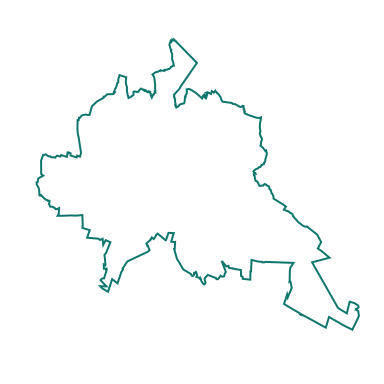 the district of Zempoala, Hidalgo, Mexico, rotated 174°
{"feature_id": "50627088B89511183643181", "entity_name": "Zempoala", "entity_type": "district", "adm_level": 2, "iso_a3": "MEX", "parent_name": "Mexico", "parent_adm1": "Hidalgo", "projection": "equal_earth", "projection_center": [-98.684, 19.926], "detail": "fine", "context": "isolated", "style": "outline", "palette": "teal", "viewbox_px": 384, "rotation_deg": 174, "n_neighbors": 0, "source": "geoboundaries", "source_scale": "gbopen_adm2", "svg_char_len": 6089}
<svg xmlns="http://www.w3.org/2000/svg" viewBox="0 0 384 384"><g transform="rotate(174 192 192)"><path d="M152.0,103.4L150.5,102.4L150.7,100.4L143.2,98.7L142.2,107.0L141.6,107.0L139.9,118.2L133.1,115.8L129.6,115.2L129.4,114.7L127.4,114.5L126.3,114.8L98.5,110.9L102.1,106.5L103.0,102.8L104.1,93.9L104.5,92.4L103.5,92.6L102.8,86.2L107.8,77.2L108.1,80.2L112.2,71.0L97.4,60.0L97.1,59.7L97.4,59.1L96.2,58.3L96.1,59.0L73.1,43.1L68.8,53.4L55.5,43.7L46.9,38.3L39.0,51.1L39.1,56.3L40.8,57.6L41.0,58.1L41.4,58.1L41.2,58.5L39.0,59.3L38.3,60.0L38.6,61.8L42.2,64.6L46.7,66.4L50.7,55.1L58.9,61.4L79.9,109.5L62.1,112.3L69.7,120.1L72.8,122.6L68.8,128.7L72.0,136.6L81.4,145.7L82.5,145.5L84.5,146.4L86.4,147.9L87.5,149.2L89.5,150.9L90.8,153.0L92.5,155.1L93.5,157.0L94.0,157.3L94.5,159.6L95.4,160.4L96.4,160.8L97.5,162.2L98.7,163.0L98.9,162.9L102.5,164.8L100.1,167.7L102.9,170.2L111.6,176.9L111.5,179.5L112.3,181.8L112.9,182.2L113.6,186.0L114.3,186.4L114.7,187.1L114.7,188.8L115.1,189.7L116.7,190.6L117.2,191.3L117.9,191.5L118.7,192.4L119.8,191.8L120.5,190.9L121.7,191.2L123.7,190.9L124.4,191.2L125.1,193.6L126.0,195.5L126.6,196.1L127.6,196.5L128.0,198.7L128.0,201.5L128.5,201.9L128.8,202.6L128.6,203.3L127.8,203.7L126.8,203.5L127.0,204.1L128.0,204.9L128.8,205.9L128.0,206.9L125.9,208.1L125.0,208.3L124.4,208.7L123.6,208.7L122.6,209.8L121.3,209.8L120.2,211.5L119.5,211.5L118.3,212.2L117.6,212.3L116.9,214.1L116.3,214.3L116.0,215.0L115.5,217.3L114.7,218.8L113.5,222.7L114.0,225.6L114.8,225.1L116.7,228.4L119.1,230.9L118.4,232.6L118.0,234.8L116.8,237.1L117.0,238.5L117.4,239.4L117.7,239.5L117.9,240.8L118.2,241.0L118.2,242.2L118.5,243.3L117.7,244.7L117.8,249.5L117.1,253.6L116.2,256.2L116.2,257.0L115.8,257.5L115.6,259.0L116.8,258.6L118.0,258.7L120.2,259.2L127.3,262.4L131.4,264.7L131.1,266.4L131.7,266.5L131.3,268.8L132.0,269.0L131.7,272.0L131.9,272.1L132.8,272.4L133.8,271.5L135.6,271.7L139.8,274.8L142.1,275.3L142.8,275.9L143.1,276.4L152.4,278.7L153.3,281.2L153.8,283.7L154.2,284.1L154.9,285.7L156.7,288.1L156.9,288.0L158.2,290.3L159.8,288.5L161.8,290.3L162.9,287.6L166.1,289.6L167.7,289.3L166.5,287.9L167.6,285.4L169.5,287.7L170.2,287.2L168.0,284.6L168.4,283.7L170.8,286.5L171.2,286.1L172.1,284.0L177.7,290.1L182.2,293.7L184.2,294.8L186.0,294.7L186.7,294.5L186.5,292.2L187.3,289.9L188.3,288.7L189.0,287.5L188.4,287.0L189.3,285.9L189.9,282.7L190.6,281.0L194.2,280.5L195.4,280.0L195.7,279.4L196.9,278.5L198.6,277.7L198.6,278.1L198.9,278.0L199.4,279.2L199.1,279.6L199.6,280.5L199.1,281.0L199.4,283.8L199.1,285.9L199.5,286.2L199.4,287.8L200.0,288.4L199.6,289.7L199.8,290.5L193.6,296.0L192.6,297.7L173.6,319.9L192.4,343.6L192.5,344.2L192.9,344.4L193.1,344.2L194.3,345.7L194.9,344.8L195.7,345.7L196.8,343.5L197.5,344.5L199.1,340.8L198.2,335.7L197.6,335.4L198.2,334.4L197.3,331.3L197.9,325.5L197.2,323.1L196.8,319.5L197.8,319.7L198.3,319.2L199.6,318.8L200.8,317.4L201.8,316.7L202.6,316.9L203.9,316.3L205.1,316.4L206.5,315.4L206.8,315.5L207.0,316.1L207.7,315.6L209.6,315.9L210.6,316.4L211.0,315.9L211.1,316.1L212.9,315.3L215.8,314.9L219.1,312.9L217.7,310.5L217.5,307.5L217.4,302.6L217.9,299.2L217.8,297.9L218.0,295.0L218.5,295.4L218.5,295.1L219.6,293.7L219.8,292.9L221.0,292.0L221.1,292.4L221.5,292.1L221.1,291.7L222.1,290.1L222.8,292.2L223.0,293.0L222.7,294.3L223.4,295.2L223.2,296.0L224.5,296.7L225.1,296.0L225.5,296.4L225.9,296.1L226.9,297.4L227.0,297.1L228.2,298.2L228.4,297.8L229.0,298.4L229.1,298.0L231.8,300.2L233.5,299.1L234.7,297.3L236.1,297.1L236.4,297.4L238.6,298.0L239.7,297.7L240.1,294.6L243.6,292.6L245.3,292.1L245.5,293.7L245.8,294.9L246.1,299.0L246.1,300.8L245.7,302.4L246.4,307.0L246.2,309.3L245.4,313.0L251.9,315.8L253.5,311.8L253.9,308.7L254.9,308.3L256.2,304.7L257.6,302.6L259.3,299.3L258.4,299.1L259.4,298.1L259.8,297.8L261.2,297.7L266.2,298.0L268.6,296.1L269.9,296.1L270.0,295.0L276.9,292.0L282.5,287.8L285.8,279.4L288.2,279.6L289.4,280.1L291.7,280.0L293.8,279.5L296.1,277.3L296.7,277.5L297.2,275.3L298.2,275.5L299.3,267.4L299.5,262.7L299.0,257.5L298.3,243.6L298.4,242.0L299.8,238.8L302.4,240.2L303.1,238.5L309.0,241.0L308.7,243.2L310.4,244.2L310.7,243.7L311.6,244.2L311.9,243.1L311.9,242.6L312.2,242.1L312.8,240.0L318.3,242.4L318.7,241.5L319.2,241.0L322.3,242.3L323.8,241.2L324.4,240.4L325.5,241.0L327.7,241.1L328.4,241.3L329.5,242.4L330.3,242.3L331.9,243.2L333.3,244.6L333.8,244.7L335.4,244.3L336.1,244.5L338.8,239.1L340.1,225.5L338.2,223.8L343.4,221.6L343.9,220.4L344.5,217.9L345.5,217.9L345.7,215.8L344.8,214.1L344.6,213.0L344.1,212.2L344.0,211.4L343.8,209.7L344.0,204.5L343.0,204.2L342.4,204.7L340.5,202.2L338.5,199.9L336.3,198.8L336.3,198.3L334.7,198.1L335.0,196.2L335.6,195.1L334.9,193.7L334.7,192.4L333.6,192.0L333.0,192.1L331.3,191.3L329.9,190.1L329.6,189.3L329.2,189.4L328.5,189.0L325.9,189.9L326.8,184.2L328.1,182.4L323.5,181.9L315.4,181.4L309.5,180.6L303.5,180.5L304.1,170.4L304.8,167.8L297.7,164.7L301.1,157.5L289.8,155.3L288.5,153.9L285.8,154.8L285.8,148.7L282.9,153.1L278.4,150.6L284.0,140.1L285.6,138.8L285.6,129.0L285.9,128.2L287.3,129.2L287.7,124.9L285.1,124.7L285.6,123.6L285.0,123.3L288.5,115.3L289.6,115.4L291.1,115.1L292.1,113.8L287.0,107.1L293.2,107.9L291.1,105.3L285.9,101.6L280.5,113.7L275.6,108.9L270.6,119.9L268.6,122.2L269.1,123.0L263.6,129.7L242.5,137.1L240.3,138.5L241.5,143.2L242.0,143.0L242.7,145.7L238.0,148.9L238.1,149.3L236.7,151.0L235.0,149.2L233.1,151.4L232.2,153.0L230.5,154.2L223.2,146.6L223.3,146.0L219.7,153.8L214.4,153.0L217.9,144.8L214.7,144.0L214.0,144.1L215.3,136.3L215.6,136.5L213.9,126.9L212.4,124.1L208.8,115.9L201.7,110.6L200.8,108.6L199.5,108.5L198.7,109.2L198.4,111.2L197.6,110.9L196.7,112.2L196.4,112.0L195.6,108.8L196.4,107.1L193.2,105.7L193.4,105.0L193.2,104.8L192.6,104.6L192.5,105.0L192.2,104.3L192.1,102.7L190.8,100.1L189.6,98.8L189.1,98.9L188.0,100.4L188.5,103.3L188.5,104.3L188.2,105.0L185.0,107.9L177.1,103.9L176.9,103.0L175.9,102.5L175.2,102.7L174.5,103.3L172.3,105.8L171.5,105.0L170.7,104.6L169.4,104.6L168.8,104.9L168.0,107.2L166.7,108.9L169.7,120.4L165.6,114.4L163.5,114.8L163.1,112.8L162.9,112.5L160.7,112.1L159.6,111.6L159.1,111.8L158.4,111.2L151.5,109.3L152.0,103.4Z" fill="none" stroke="#0f766e" stroke-width="2"/></g></svg>